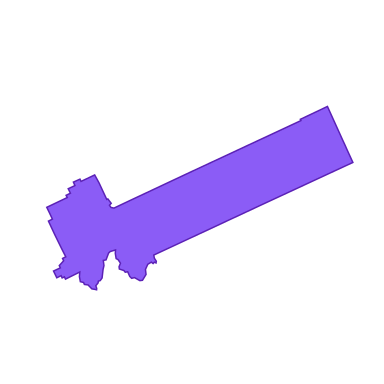 outline of Juab, Utah, United States of America, rotated 155°
{"feature_id": "52423323B30797583930625", "entity_name": "Juab", "entity_type": "district", "adm_level": 2, "iso_a3": "USA", "parent_name": "United States of America", "parent_adm1": "Utah", "projection": "equal_earth", "projection_center": [-112.172, 39.663], "detail": "fine", "context": "isolated", "style": "filled", "palette": "violet", "viewbox_px": 384, "rotation_deg": 155, "n_neighbors": 0, "source": "geoboundaries", "source_scale": "gbopen_adm2", "svg_char_len": 1280}
<svg xmlns="http://www.w3.org/2000/svg" viewBox="0 0 384 384"><g transform="rotate(155 192 192)"><path d="M343.5,166.5L327.5,166.9L329.8,162.9L331.1,157.9L328.5,155.8L328.6,153.7L325.5,151.7L323.7,146.5L321.6,145.1L319.8,143.7L319.1,144.9L318.8,147.7L315.5,149.3L314.6,150.8L312.6,150.5L309.8,152.1L305.4,159.3L302.9,162.5L301.3,167.5L298.6,166.8L293.4,171.9L291.3,172.6L285.8,171.8L287.5,168.7L288.9,163.7L287.6,162.0L286.9,157.7L289.7,155.1L290.4,152.9L286.9,149.6L286.4,147.5L284.0,146.9L284.1,141.8L283.2,139.3L280.3,138.7L276.7,133.7L274.2,132.9L268.5,136.7L266.9,141.5L262.6,145.2L258.5,145.6L257.5,143.6L255.8,144.3L254.6,142.9L253.6,144.3L254.1,147.9L253.3,151.0L136.6,151.0L33.7,150.8L33.6,165.2L33.5,169.7L33.5,175.6L33.1,212.3L63.1,212.1L63.1,210.7L182.2,210.7L251.6,210.5L269.5,210.4L272.0,212.3L272.4,214.9L270.0,215.9L271.2,221.3L272.4,221.3L272.4,225.0L272.4,228.9L272.4,236.8L272.4,239.6L273.0,248.6L288.1,248.5L288.1,251.0L295.3,251.1L295.4,247.3L302.8,247.3L302.7,242.3L307.5,242.2L307.4,239.7L330.1,239.5L330.0,233.7L330.0,226.4L334.4,226.3L334.4,211.4L334.1,196.3L333.8,186.6L337.4,186.5L337.4,183.9L343.4,181.4L343.4,178.9L350.9,178.9L350.8,171.4L346.0,171.5L346.0,169.0L343.5,169.0L343.5,166.5Z" fill="#8b5cf6" stroke="#5b21b6" stroke-width="1.5"/></g></svg>